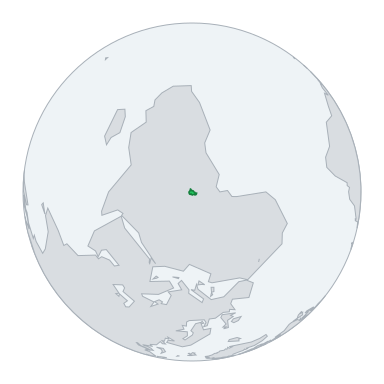 Ombella-M'Poko on an orthographic globe, rotated 180°
{"feature_id": "CAF-4856", "entity_name": "Ombella-M'Poko", "entity_type": "Prefecture", "adm_level": 1, "iso_a3": "CAF", "parent_name": "Central African Republic", "parent_adm1": "", "projection": "orthographic", "projection_center": [18.055, 4.882], "detail": "fine", "context": "on_globe", "style": "filled", "palette": "green", "viewbox_px": 384, "rotation_deg": 180, "n_neighbors": 0, "source": "natural_earth", "source_scale": "10m", "svg_char_len": 8038}
<svg xmlns="http://www.w3.org/2000/svg" viewBox="0 0 384 384"><g transform="rotate(180 192 192)"><circle cx="192" cy="192" r="169" fill="#eef3f6" stroke="#a8b0b8"/><path d="M135.4,32.8L131.3,34.3L127.2,36.0L135.4,32.8ZM96.2,52.8L99.1,50.9L105.1,47.1L107.5,45.7L114.0,42.2L113.9,42.5L110.3,45.0L105.0,48.1L103.2,49.5L109.1,46.6L99.8,53.3L95.0,59.5L92.5,61.5L86.3,64.5L84.4,63.5L76.4,69.4L82.5,65.6L76.1,71.7L75.5,73.0L76.3,72.9L79.1,70.8L77.1,73.2L70.3,77.2L72.0,75.1L74.2,73.7L73.2,73.5L68.6,77.2L65.8,80.5L61.9,84.2L59.8,86.8L58.3,88.7L66.7,78.6L75.9,69.3L85.7,60.6L96.2,52.8ZM26.7,157.0L27.0,155.8L25.2,165.5L26.9,157.0L26.3,162.1L28.5,163.2L27.9,165.3L29.5,178.1L34.3,184.7L35.4,192.3L34.5,196.6L36.8,198.4L36.9,201.3L48.8,208.0L57.2,216.6L58.4,226.8L54.4,237.7L57.7,261.8L52.3,268.2L55.6,277.7L59.5,290.8L55.7,288.7L61.6,296.1L63.4,299.8L62.2,299.4L66.2,304.2L65.5,303.9L68.9,307.4L73.7,312.6L65.0,303.5L57.1,293.7L49.9,283.4L43.5,272.6L37.9,261.3L33.2,249.7L33.1,249.3L33.0,249.2L29.0,236.4L26.0,223.4L24.0,210.2L23.1,196.8L23.3,183.5L24.5,170.2L26.7,157.0ZM76.5,315.3L79.8,318.4L80.6,319.0L76.5,315.3ZM113.6,42.3L112.5,43.0L113.6,42.3ZM120.6,38.9L118.0,40.1L117.8,40.2L120.6,38.9ZM142.3,30.8L142.5,30.6L145.1,29.8L142.3,30.8ZM154.8,27.2L151.9,27.9L150.8,28.3L148.5,28.9L150.2,28.3L154.8,27.2ZM159.0,26.3L158.4,26.4L158.2,26.5L158.5,26.4L159.0,26.3ZM162.0,25.7L160.9,25.9L160.6,26.0L162.0,25.7ZM167.9,24.8L161.6,25.9L159.3,26.3L165.8,25.1L167.9,24.8ZM89.5,326.0L88.8,325.1L90.1,326.0L90.9,326.9L89.5,326.0ZM349.9,132.0L349.0,129.6L350.9,135.6L356.2,152.1L357.5,158.0L358.8,167.5L358.2,163.7L354.8,154.9L356.8,167.1L359.5,177.1L360.5,189.2L359.6,185.6L358.3,175.0L357.0,171.6L355.4,160.9L350.7,145.6L349.7,148.8L347.9,142.6L341.3,130.7L338.7,135.1L335.8,152.3L338.5,168.4L336.2,175.9L325.8,153.5L320.2,138.5L317.1,140.2L306.0,128.4L288.5,128.9L285.5,125.2L282.3,127.3L274.4,123.9L269.6,118.0L265.0,118.7L277.7,134.4L282.5,133.8L285.8,127.3L288.5,133.1L296.1,138.0L289.6,153.1L262.8,167.8L259.3,155.9L234.5,125.0L234.8,121.5L234.7,121.1L234.3,120.4L232.9,126.1L228.4,120.3L242.5,141.6L245.3,151.1L262.4,168.6L261.0,170.6L266.3,174.1L282.1,168.7L282.4,172.8L275.4,192.1L252.8,219.1L255.3,236.5L252.9,251.5L237.8,261.9L238.1,273.3L230.2,277.6L229.0,284.1L222.1,291.1L210.8,297.8L192.8,298.4L192.4,292.6L184.5,281.5L173.9,254.0L179.3,241.1L178.0,231.2L164.8,209.5L167.8,197.2L164.1,192.1L156.5,193.5L152.1,187.5L147.5,187.4L118.1,192.1L108.7,184.3L96.7,160.5L101.7,151.0L102.0,140.2L136.3,104.3L144.3,106.1L172.0,101.2L175.6,102.3L173.1,110.2L194.6,119.6L200.6,112.8L219.3,117.7L231.2,117.2L234.1,102.5L214.6,102.9L210.4,96.0L225.5,89.6L242.4,90.2L241.4,87.7L230.0,82.0L233.2,77.5L226.0,79.9L229.4,82.4L224.9,84.2L221.5,82.1L222.8,80.4L217.5,79.4L212.8,88.5L215.8,92.1L202.3,94.2L205.9,100.5L202.5,103.6L195.0,94.2L195.3,90.7L181.9,81.4L180.4,85.1L193.0,94.4L189.3,93.7L187.5,99.7L186.0,94.7L172.8,84.4L160.2,87.2L145.2,102.3L137.6,103.9L130.7,101.2L135.1,86.5L151.6,84.8L153.3,80.3L149.0,74.3L154.4,74.6L154.7,72.2L160.8,71.6L168.6,65.8L174.7,65.0L176.8,58.3L180.3,57.3L178.0,61.4L179.7,64.2L194.8,63.4L197.4,62.0L197.6,57.9L201.7,58.6L200.0,54.8L208.2,53.2L196.7,52.2L196.6,48.2L201.1,45.3L199.0,44.0L191.7,48.9L190.7,51.2L193.1,53.3L188.4,60.3L183.4,61.6L180.5,54.2L173.1,55.6L174.1,50.0L193.1,38.9L201.6,37.2L217.3,41.6L215.9,43.7L209.5,43.0L216.2,46.9L215.3,45.0L218.7,45.8L219.5,42.9L221.9,43.4L218.5,40.0L221.6,40.3L223.7,42.4L227.5,39.2L233.7,39.6L233.4,38.7L231.3,37.6L240.6,39.2L240.0,38.5L236.7,37.7L233.2,35.9L230.8,33.6L234.1,34.2L235.5,35.1L243.3,38.5L246.4,41.3L247.5,41.4L245.6,39.1L236.1,35.0L233.6,33.5L238.4,35.1L236.5,34.4L236.4,33.9L239.3,34.1L234.2,32.3L227.9,27.7L233.1,28.4L238.0,29.9L237.3,29.2L248.9,32.9L260.2,37.4L271.2,42.7L281.7,48.8L291.8,55.6L301.3,63.2L310.3,71.4L318.7,80.2L326.4,89.6L333.4,99.5L339.7,109.9L345.2,120.8L349.9,132.0ZM125.4,122.0L124.7,125.2L125.4,122.0ZM261.3,99.1L270.9,99.5L265.0,90.8L268.2,90.4L265.1,87.7L264.6,90.2L256.6,83.2L260.2,80.7L258.3,77.2L254.9,77.0L249.6,82.8L261.0,92.5L259.4,96.1L261.3,99.1ZM28.7,163.1L28.7,165.2L28.2,165.0L28.7,163.1ZM32.4,139.7L32.5,140.9L31.8,141.3L32.4,139.7ZM31.8,138.2L33.2,134.4L32.2,139.1L31.0,141.2L31.5,139.2L31.8,138.2ZM76.5,71.4L77.0,71.2L77.3,71.7L76.0,72.5L76.5,71.4ZM85.7,68.9L82.3,72.8L83.8,70.3L81.3,71.9L81.4,69.2L91.2,62.5L86.8,65.8L85.7,68.9ZM84.3,64.4L83.1,66.4L84.0,64.5L84.3,64.4ZM150.2,61.3L152.6,62.5L150.6,65.2L142.9,67.5L145.6,63.5L150.2,61.3ZM156.4,63.7L155.6,56.5L160.4,55.2L157.9,57.1L161.1,56.9L157.9,60.0L163.2,66.4L161.8,69.3L148.3,71.2L153.4,68.7L150.8,67.5L156.4,63.7ZM145.2,44.9L145.0,43.1L155.7,42.5L154.7,44.4L146.9,46.5L143.5,45.5L145.2,44.9ZM127.3,36.2L126.5,36.4L127.9,35.9L129.6,35.2L127.3,36.2ZM145.8,29.5L146.1,29.4L142.8,30.4L145.5,29.7L140.6,31.2L142.2,30.8L132.2,35.1L130.8,35.4L126.6,38.2L121.3,40.3L124.1,38.3L116.9,42.3L117.4,41.4L112.9,44.1L119.8,39.5L119.9,39.2L121.9,38.7L126.8,36.6L128.9,35.7L135.1,33.0L137.0,32.3L145.8,29.5ZM178.6,26.4L174.4,26.5L179.1,27.5L174.2,28.1L175.1,28.1L171.8,29.1L169.4,30.6L167.0,30.8L167.1,31.3L164.9,32.1L164.2,33.0L159.8,33.8L158.5,35.1L157.1,34.8L156.2,36.8L154.9,35.7L152.0,37.1L154.8,37.4L132.6,42.0L124.3,45.6L118.0,49.5L116.7,47.8L121.6,43.4L129.7,38.5L137.9,35.7L135.8,35.7L139.1,34.4L139.4,34.9L140.9,33.5L143.7,32.6L150.9,29.8L151.4,28.8L154.0,28.0L155.2,28.0L157.0,27.2L161.1,26.8L163.1,26.3L169.1,25.7L170.2,26.4L172.4,25.8L177.0,25.6L178.6,26.4ZM169.6,24.7L172.1,24.8L170.7,25.4L160.8,26.3L158.5,26.8L152.1,28.0L154.3,27.3L155.9,27.0L158.0,26.5L156.5,26.9L159.3,26.3L161.6,26.0L164.4,25.5L169.6,24.7ZM179.3,99.3L182.0,99.6L186.1,99.1L185.0,103.1L179.3,99.3ZM170.1,92.4L172.5,91.8L172.9,96.7L170.1,96.7L170.1,92.4ZM173.4,87.6L172.5,91.4L171.3,89.3L173.4,87.6ZM180.2,60.8L182.7,60.2L183.1,61.2L181.9,62.7L180.2,60.8ZM191.4,31.4L189.2,30.9L189.9,30.5L188.0,29.0L191.5,28.7L194.0,29.5L191.4,31.4ZM231.0,105.0L227.8,107.9L225.9,106.6L227.4,105.8L231.0,105.0ZM205.5,105.4L211.5,107.1L205.1,106.5L205.5,105.4ZM194.8,30.8L193.7,30.1L196.1,30.4L194.8,30.8ZM193.9,28.4L196.7,28.6L191.7,28.5L193.9,28.4ZM278.6,324.3L278.4,326.1L276.4,326.4L278.6,324.3ZM279.4,247.9L266.4,274.4L259.1,274.8L258.7,267.3L264.1,251.4L272.9,246.5L277.5,239.2L279.4,247.9ZM359.5,214.1L359.6,212.8L360.0,209.8L360.0,210.0L359.5,214.1ZM360.0,209.7L359.6,201.9L356.0,179.1L357.4,179.2L360.5,192.8L360.4,195.2L360.6,201.5L360.0,209.7ZM339.1,169.9L342.3,179.4L340.8,181.1L339.1,169.9ZM352.1,137.9L352.2,138.4L351.4,136.0L350.9,134.7L352.1,137.9ZM222.9,30.7L221.6,32.9L223.1,35.0L227.5,36.8L220.7,35.6L218.5,32.3L222.9,30.7ZM227.0,27.8L223.1,26.8L225.0,27.0L226.2,27.3L227.0,27.8ZM224.4,27.4L219.1,26.7L217.1,26.1L221.7,26.7L224.4,27.4ZM207.1,27.8L206.4,28.4L204.5,28.0L207.1,27.8Z" fill="#d9dde1" stroke="#a8b0b8" stroke-width="1"/><path d="M195.1,191.9L195.0,192.0L194.9,192.0L194.8,192.3L194.7,192.4L194.7,192.5L194.4,192.8L194.1,193.3L194.0,193.5L193.8,193.5L193.7,193.6L193.6,193.4L193.4,193.3L193.3,193.5L193.5,193.8L193.7,194.1L193.7,194.5L193.7,194.8L193.6,195.0L193.4,194.9L193.2,194.8L193.2,194.7L192.9,194.4L192.9,194.2L192.8,193.9L192.7,193.7L192.4,193.6L192.3,193.4L192.2,193.3L191.9,193.2L191.7,193.2L191.6,193.3L191.5,193.2L191.4,193.2L191.1,193.0L190.9,193.1L190.7,193.1L190.5,192.9L190.4,192.5L190.4,192.4L190.2,192.2L189.8,192.0L189.7,191.9L189.5,191.7L189.4,191.7L189.0,191.6L188.9,191.4L189.0,191.4L189.2,191.2L189.1,190.9L188.7,190.6L188.4,190.6L188.2,190.6L187.9,190.6L187.5,190.8L187.5,190.6L187.4,190.6L187.4,190.4L187.5,190.1L187.6,189.9L187.9,189.7L188.0,189.5L188.0,189.4L188.5,189.2L188.8,189.1L188.8,189.3L189.0,189.5L190.6,189.5L191.3,189.2L191.5,189.0L191.8,189.1L191.9,189.3L192.0,189.3L192.3,189.3L192.5,189.3L192.8,189.4L193.0,189.5L192.9,189.6L193.0,189.7L193.0,189.8L193.0,190.0L193.2,189.9L193.3,189.9L193.6,189.8L193.6,189.7L193.9,189.7L194.0,189.7L194.3,189.8L194.4,190.1L194.5,190.2L194.6,190.3L194.8,190.4L194.8,190.5L194.8,191.0L194.7,191.0L194.8,191.2L195.0,191.5L195.1,191.8L195.1,191.9Z" fill="#22c55e" stroke="#15803d" stroke-width="1.5"/></g></svg>